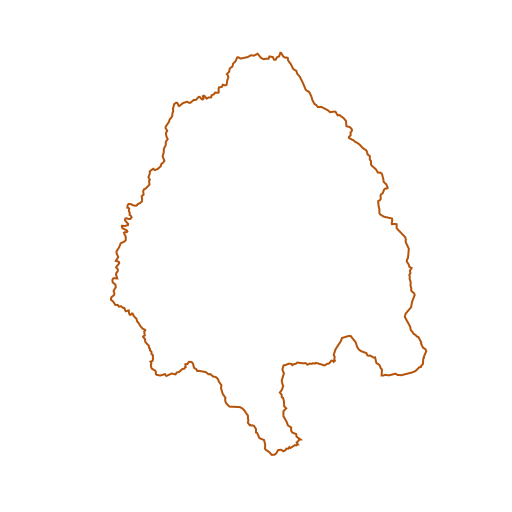 the district of Gonzanama, Loja, Ecuador, rotated 348°
{"feature_id": "8360857B83721057206969", "entity_name": "Gonzanama", "entity_type": "district", "adm_level": 2, "iso_a3": "ECU", "parent_name": "Ecuador", "parent_adm1": "Loja", "projection": "robinson", "projection_center": [-79.462, -4.166], "detail": "fine", "context": "isolated", "style": "outline", "palette": "amber", "viewbox_px": 512, "rotation_deg": 348, "n_neighbors": 0, "source": "geoboundaries", "source_scale": "gbopen_adm2", "svg_char_len": 6087}
<svg xmlns="http://www.w3.org/2000/svg" viewBox="0 0 512 512"><g transform="rotate(348 256 256)"><path d="M261.4,444.8L258.1,441.2L258.3,438.6L254.7,436.1L254.0,433.8L254.8,431.1L252.0,428.3L251.5,424.6L249.5,418.3L250.6,413.5L253.9,411.3L252.3,408.8L253.1,404.1L253.0,400.4L251.9,399.6L252.2,396.9L250.9,394.5L253.5,392.3L255.6,388.8L255.3,387.4L255.2,383.3L258.9,376.6L258.2,372.4L260.3,368.7L262.4,368.8L265.6,368.1L268.3,368.9L268.8,370.3L270.3,369.7L272.6,369.7L274.3,368.8L279.4,370.7L282.3,371.1L283.7,373.0L286.5,372.4L288.2,373.1L289.5,372.7L291.2,373.5L292.5,373.0L300.4,377.3L303.1,376.3L305.2,376.3L308.0,374.0L309.5,374.6L310.0,375.7L311.4,374.9L311.1,373.4L312.0,371.0L311.4,369.0L314.3,363.9L321.3,356.9L323.0,354.1L329.7,353.5L331.9,353.9L335.0,360.0L335.6,361.3L336.1,366.3L337.3,369.1L339.1,371.0L343.8,373.9L344.2,376.0L345.0,376.9L346.9,377.1L350.1,379.9L351.4,379.9L351.5,385.6L354.1,388.3L354.7,391.7L355.6,393.2L354.0,399.0L356.1,399.4L357.4,399.1L361.4,400.4L367.9,400.1L369.6,401.7L373.2,402.8L384.2,402.4L388.0,401.7L392.6,398.8L394.2,398.9L394.9,397.7L396.8,396.3L398.4,390.9L399.0,390.7L399.4,389.2L402.7,384.6L402.3,382.2L400.5,380.7L400.1,379.7L399.2,375.8L399.7,374.9L398.0,369.0L396.8,368.4L395.4,366.1L393.9,364.9L393.3,362.9L392.0,360.7L392.1,357.2L388.9,346.5L390.3,343.6L397.1,338.3L399.0,333.5L403.1,327.2L402.9,325.3L401.2,323.3L400.6,321.7L401.2,320.0L401.0,316.9L401.9,313.8L401.5,310.3L402.1,308.3L402.0,306.5L403.5,304.9L403.4,302.5L405.7,300.1L403.8,298.5L403.6,296.0L402.3,292.8L402.9,291.0L404.3,289.4L407.0,280.6L405.4,274.1L405.4,272.7L406.0,271.1L405.8,268.5L399.6,258.6L399.4,257.6L400.2,254.2L398.3,253.4L395.6,253.2L395.4,252.8L396.7,249.3L396.8,247.6L389.2,244.1L386.3,241.3L385.6,239.9L386.4,235.8L386.3,232.2L386.9,227.7L388.9,227.1L389.9,226.1L390.4,222.7L390.9,221.9L393.1,220.8L395.1,217.7L396.1,217.0L398.6,217.1L399.0,216.7L398.4,213.2L396.2,209.8L396.5,208.0L396.3,202.1L395.2,200.4L392.5,199.7L391.4,196.3L387.9,191.5L387.5,190.4L388.2,187.2L387.4,185.3L388.1,181.9L386.2,179.8L386.3,177.6L385.8,175.5L382.9,172.7L380.6,168.7L378.6,166.4L377.0,165.2L375.4,163.1L371.6,160.1L371.6,158.9L373.7,157.6L374.2,154.7L375.7,153.7L376.1,152.8L375.8,151.3L374.6,149.5L371.4,147.8L372.1,142.7L370.5,139.6L367.0,135.5L365.1,135.4L363.8,131.5L362.6,131.0L358.3,130.7L356.7,128.5L351.0,123.8L347.4,123.1L346.2,120.6L344.9,119.7L343.6,115.5L343.3,111.2L342.0,106.4L339.6,104.4L339.1,103.2L337.9,96.6L336.0,89.5L334.2,86.3L333.9,83.2L331.5,81.1L331.1,80.3L330.2,76.2L328.1,71.5L328.2,68.8L327.1,68.2L326.1,68.2L324.3,66.8L322.7,62.5L322.1,62.3L320.1,65.5L317.7,66.1L316.0,68.1L314.5,67.8L313.8,64.9L310.6,63.6L309.2,65.7L307.1,65.1L304.5,65.1L302.2,63.4L299.6,58.5L295.7,59.6L292.7,58.6L289.2,59.7L283.2,59.7L281.9,59.6L280.1,58.0L279.0,57.8L276.5,61.2L273.6,63.1L272.3,65.8L269.3,67.1L268.1,70.1L265.3,72.0L266.1,73.9L266.1,75.6L264.5,78.0L262.8,82.5L261.3,82.7L259.0,81.6L258.1,83.2L257.5,83.5L254.9,83.4L254.1,84.9L253.6,88.1L252.6,88.5L250.0,87.6L248.7,89.0L245.9,89.6L245.2,91.5L242.4,91.1L240.4,91.8L239.1,89.1L238.3,88.3L237.2,88.6L237.4,91.2L236.5,91.8L235.6,91.5L234.0,88.7L233.2,88.4L229.5,90.9L227.5,90.4L223.7,92.5L222.1,92.1L220.7,90.8L219.5,90.8L216.1,91.4L212.0,93.4L211.6,93.1L210.8,89.8L209.7,89.5L207.7,90.3L205.4,94.7L205.1,97.3L204.2,98.4L203.1,101.7L201.9,103.1L200.0,104.4L198.8,106.6L194.4,110.9L194.1,112.1L195.2,115.1L193.5,116.9L193.3,117.7L193.2,120.3L193.9,123.4L191.6,125.4L190.7,128.9L188.1,132.0L187.5,135.0L185.4,139.1L186.2,143.9L184.2,145.6L182.4,146.4L181.6,148.3L177.9,150.5L174.9,150.9L173.6,149.3L169.7,151.1L169.2,153.4L167.2,156.5L168.0,159.3L167.1,160.1L166.6,164.1L162.1,167.1L160.1,167.6L159.1,169.3L158.8,172.6L156.6,173.7L156.3,177.5L155.5,179.1L153.7,180.1L151.0,180.7L150.2,181.6L149.1,181.9L146.7,181.1L144.4,179.3L142.9,178.7L142.0,178.7L141.0,179.7L140.2,182.0L141.3,182.4L141.8,183.3L141.0,185.7L141.5,187.3L140.9,189.5L141.9,190.6L142.4,192.3L140.9,193.6L138.9,193.3L137.3,192.2L136.1,192.1L135.2,193.9L137.5,197.8L137.3,199.1L133.7,199.4L131.2,198.5L130.9,199.0L131.0,200.9L134.9,204.0L135.3,205.2L134.6,205.8L132.5,205.4L131.6,205.9L132.6,210.0L131.9,213.4L130.3,214.5L126.3,215.4L124.0,218.9L120.5,222.5L120.2,224.4L121.0,228.4L117.9,231.6L120.6,233.2L120.7,234.7L117.0,237.7L116.8,238.2L117.9,239.8L118.0,241.0L117.6,242.1L115.7,243.8L115.2,244.9L115.6,249.1L112.4,248.1L111.4,248.5L110.6,249.5L110.3,251.6L110.8,252.7L112.5,254.5L112.4,257.3L109.4,260.6L109.7,263.0L109.3,264.4L105.8,266.4L105.0,268.6L106.7,270.7L108.3,274.7L110.6,275.1L111.3,277.0L113.6,277.1L114.9,279.0L116.3,279.3L116.6,279.9L116.5,281.3L117.2,283.0L120.2,282.8L119.9,285.9L120.4,287.3L121.3,287.4L122.7,286.4L123.4,286.7L123.9,289.2L126.0,292.6L126.2,295.5L127.4,297.5L128.1,300.1L130.0,303.5L132.2,305.2L132.3,305.6L130.9,306.7L130.7,310.6L129.1,311.1L128.7,311.6L130.2,314.3L129.8,316.2L130.1,317.4L132.5,321.6L132.3,323.5L133.1,324.8L132.6,326.2L133.8,327.9L133.4,330.2L134.5,331.3L133.7,335.7L133.0,337.1L130.8,337.4L131.4,339.2L130.5,340.7L130.3,342.7L130.7,344.6L133.7,347.3L133.9,348.5L133.5,350.7L134.0,351.5L137.4,353.0L142.4,352.6L142.9,354.2L143.6,354.7L149.1,353.4L152.7,355.1L154.2,353.5L156.8,353.4L160.3,351.3L162.6,351.3L163.5,350.0L164.1,350.0L164.4,347.2L166.5,347.4L168.4,345.6L170.9,346.2L172.0,348.2L172.1,352.4L174.1,354.4L174.6,356.3L176.2,356.4L182.7,359.1L184.6,361.4L185.6,362.0L186.8,362.0L189.0,365.0L191.5,366.0L193.2,368.4L193.5,371.1L195.3,375.2L194.3,378.0L194.8,384.1L196.7,388.5L196.0,389.6L195.8,391.7L196.4,394.3L198.7,397.8L208.7,400.4L210.9,402.2L212.4,404.4L214.9,410.6L214.4,412.8L214.4,415.0L213.4,417.4L214.7,420.3L215.5,420.1L216.2,420.9L217.4,420.9L218.7,421.7L220.0,425.2L219.3,428.6L220.3,429.2L221.5,434.9L225.6,437.7L225.8,442.5L224.8,446.1L225.0,447.3L228.3,450.7L230.0,453.8L232.9,454.2L234.6,453.4L237.4,450.4L240.2,450.7L242.2,452.7L244.4,452.1L245.6,450.7L247.4,451.2L248.8,449.9L249.5,451.0L254.8,449.1L256.2,449.7L257.2,448.9L257.8,449.0L256.9,447.0L257.1,446.8L259.0,445.7L259.7,444.7L261.4,444.8Z" fill="none" stroke="#b45309" stroke-width="2"/></g></svg>